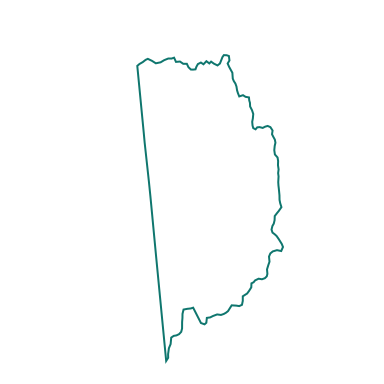 Milhã, Ceará, Brazil, rotated 153°
{"feature_id": "56859067B33545091671034", "entity_name": "Milhã", "entity_type": "district", "adm_level": 2, "iso_a3": "BRA", "parent_name": "Brazil", "parent_adm1": "Ceará", "projection": "robinson", "projection_center": [-39.196, -5.645], "detail": "fine", "context": "isolated", "style": "outline", "palette": "teal", "viewbox_px": 384, "rotation_deg": 153, "n_neighbors": 0, "source": "geoboundaries", "source_scale": "gbopen_adm2", "svg_char_len": 2109}
<svg xmlns="http://www.w3.org/2000/svg" viewBox="0 0 384 384"><g transform="rotate(153 192 192)"><path d="M265.1,72.3L262.8,74.9L259.8,80.7L257.7,84.1L255.8,87.7L252.9,91.1L249.1,90.0L246.0,88.8L243.5,88.4L243.5,82.4L243.5,78.2L243.5,75.5L243.5,71.2L240.9,68.4L238.6,69.0L235.9,73.1L232.7,72.0L229.7,72.0L225.2,71.5L222.0,69.3L219.0,68.9L216.6,69.0L214.0,69.5L208.1,73.0L204.2,70.7L201.7,68.9L198.7,68.8L196.2,71.9L194.1,76.0L191.3,76.3L189.0,76.5L186.2,77.9L182.5,80.1L180.5,83.6L178.1,83.6L175.9,84.6L172.0,84.5L169.3,82.5L166.2,82.1L163.7,82.9L162.0,84.8L160.3,89.0L157.1,92.3L154.6,94.7L152.7,99.5L150.1,101.7L147.0,102.4L142.7,101.6L139.3,98.9L135.9,101.7L135.6,105.0L136.1,110.7L136.6,114.4L137.5,116.8L138.7,119.3L138.2,122.4L135.8,125.2L133.5,126.7L131.2,129.4L129.2,133.0L125.6,134.7L123.3,135.7L119.2,137.9L118.5,142.0L117.6,145.2L115.6,149.3L114.2,152.8L113.0,155.9L112.0,158.6L110.7,161.6L107.8,166.6L106.7,169.7L104.6,172.8L103.2,176.9L101.2,180.5L100.1,183.9L101.1,187.8L99.7,191.9L97.4,195.5L95.3,198.0L94.4,201.0L94.5,204.3L94.5,207.1L92.3,210.2L92.7,214.2L94.6,216.5L97.1,217.0L99.9,217.0L102.3,219.1L104.5,220.0L106.9,219.0L108.4,221.1L107.9,223.7L106.5,227.2L104.4,229.9L102.0,233.7L101.4,237.6L101.4,241.8L99.9,245.1L99.4,247.7L98.3,250.4L101.1,252.5L102.6,255.1L106.5,255.7L106.2,259.2L105.7,262.1L104.5,265.8L104.1,268.9L104.4,271.9L104.2,274.5L103.1,277.1L101.9,279.9L102.0,283.2L102.1,286.7L101.9,290.3L98.9,292.2L97.4,296.4L99.0,298.1L101.5,299.5L103.6,298.4L106.4,295.9L108.8,293.8L111.8,293.2L114.2,296.4L115.8,299.5L118.2,298.7L119.8,302.0L123.8,300.6L125.3,303.3L128.7,303.3L131.2,301.6L133.2,299.7L135.3,300.5L137.4,301.6L138.5,304.8L138.4,308.6L141.6,310.2L143.5,313.7L147.2,315.2L147.0,319.8L149.7,320.2L152.5,321.7L156.9,322.1L161.1,321.8L165.8,323.1L168.1,327.0L170.9,330.7L173.3,330.8L176.9,330.1L180.7,329.9L183.5,329.2L207.9,267.2L211.8,257.4L225.5,221.3L231.2,206.6L237.6,190.4L241.6,180.3L252.6,152.5L291.7,53.2L288.5,55.1L286.9,58.4L283.5,63.3L280.1,66.2L276.6,71.7L273.6,72.1L271.0,71.3L268.1,71.2L265.1,72.3Z" fill="none" stroke="#0f766e" stroke-width="2"/></g></svg>